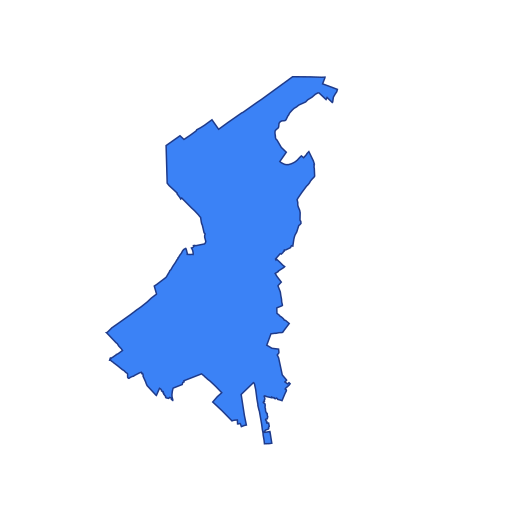 Ion Corvin, Constanta, Romania (Albers equal-area conic projection), rotated 44°
{"feature_id": "2599482B50527625942304", "entity_name": "Ion Corvin", "entity_type": "district", "adm_level": 2, "iso_a3": "ROU", "parent_name": "Romania", "parent_adm1": "Constanta", "projection": "albers", "projection_center": [27.813, 44.131], "detail": "fine", "context": "isolated", "style": "filled", "palette": "blue", "viewbox_px": 512, "rotation_deg": 44, "n_neighbors": 0, "source": "geoboundaries", "source_scale": "gbopen_adm2", "svg_char_len": 6091}
<svg xmlns="http://www.w3.org/2000/svg" viewBox="0 0 512 512"><g transform="rotate(44 256 256)"><path d="M141.5,265.3L144.5,265.7L155.7,265.5L156.0,266.1L160.6,266.8L162.3,267.3L162.3,265.9L176.3,266.2L180.3,266.1L186.2,266.4L188.1,266.7L189.3,266.7L193.1,269.6L194.5,270.5L195.4,270.9L195.8,271.0L202.6,275.4L203.6,275.3L204.1,275.6L204.3,275.8L204.7,276.7L205.2,277.3L206.1,278.2L209.8,280.4L210.4,281.6L210.6,283.0L209.1,285.2L205.9,289.9L205.3,290.6L204.6,290.9L203.9,291.8L204.6,291.9L204.7,293.0L204.6,293.9L204.0,295.1L205.1,295.4L206.8,296.1L209.0,297.7L209.7,298.6L209.0,299.1L207.7,300.6L205.4,302.6L204.8,301.9L203.5,301.1L201.6,299.9L200.3,299.3L200.0,299.5L199.8,300.5L199.5,301.4L199.5,302.0L199.7,303.6L200.1,304.9L200.4,305.8L200.6,308.1L201.3,311.0L201.2,311.7L201.7,312.2L201.8,313.8L202.5,316.4L203.3,321.1L204.3,325.0L204.2,326.5L204.8,327.9L205.2,329.9L205.9,332.7L206.1,333.9L204.5,344.4L204.5,344.7L203.7,348.3L210.8,352.4L211.0,352.8L210.6,354.3L209.9,359.2L209.7,364.4L208.7,372.1L208.0,375.9L207.7,377.1L206.4,385.6L203.5,401.1L202.2,407.6L202.1,412.8L201.9,414.9L201.8,415.0L215.5,415.6L217.1,415.4L219.7,416.1L223.6,416.3L225.6,416.7L224.7,422.0L224.3,423.2L224.1,423.5L223.9,423.9L224.1,424.3L223.7,426.0L223.3,428.2L223.0,429.0L222.9,430.4L222.2,430.4L222.1,430.7L223.1,432.6L223.7,431.9L224.1,432.0L225.2,432.0L226.6,431.7L227.7,431.7L232.5,431.1L238.8,430.6L240.9,430.1L243.1,430.2L244.8,429.9L245.3,429.9L245.7,430.2L247.9,432.4L249.0,432.6L249.4,432.4L249.6,432.2L249.9,430.7L250.4,429.3L250.8,428.4L251.4,427.6L251.6,426.3L253.3,421.2L253.7,420.3L254.3,419.3L255.7,419.9L256.0,419.3L256.9,419.7L257.8,420.2L258.0,420.7L258.2,420.9L264.2,423.3L265.5,424.0L267.7,424.9L280.6,425.6L281.2,425.5L278.5,418.2L279.6,417.9L281.0,418.1L281.8,418.7L282.6,418.5L283.0,418.1L283.5,418.1L283.7,418.3L283.9,418.8L284.2,419.0L285.1,418.8L285.3,419.2L285.7,419.5L286.3,419.5L287.4,419.7L287.5,419.6L288.6,419.8L288.9,420.3L289.6,420.5L290.0,420.4L292.1,419.1L292.1,417.7L294.0,417.0L294.7,417.9L296.4,417.7L296.3,417.4L293.4,415.6L291.9,414.2L289.9,411.6L288.4,409.1L288.2,408.5L292.2,399.7L291.2,397.9L291.7,396.5L290.8,395.8L298.7,378.6L302.5,378.3L303.2,378.4L305.8,378.2L306.4,378.3L309.6,377.9L315.0,377.8L318.1,377.8L326.3,378.1L326.3,378.9L325.9,384.1L326.3,391.1L339.1,390.9L353.3,391.3L353.4,390.8L354.7,388.9L356.5,386.9L359.4,389.6L360.0,389.0L360.8,387.6L361.1,387.6L361.4,387.6L364.0,388.9L365.4,385.9L366.5,384.3L358.6,378.9L341.5,365.9L342.1,348.9L343.1,348.8L344.3,349.4L345.4,350.2L348.7,352.4L356.1,358.3L360.5,361.5L361.3,362.3L365.2,364.8L366.1,365.2L376.8,373.0L381.2,376.5L383.8,378.3L385.6,379.9L390.0,383.1L392.5,385.2L396.0,381.6L397.4,379.7L389.2,373.5L388.9,373.5L388.5,373.4L388.4,373.2L388.5,373.0L387.9,372.6L385.4,376.1L384.5,377.1L383.8,376.4L384.0,375.2L383.8,374.6L385.1,371.8L385.0,371.4L384.8,371.1L384.0,370.6L384.0,369.6L383.7,369.2L381.1,367.4L380.0,368.7L379.3,368.4L379.3,367.9L378.9,367.6L378.1,367.4L377.7,367.6L377.3,367.5L376.4,366.9L376.4,366.6L377.2,365.2L376.5,364.3L376.3,363.7L376.2,363.5L375.3,363.1L374.0,362.1L373.9,361.8L373.3,361.5L372.7,361.7L370.8,361.0L368.7,359.2L367.8,358.8L366.4,357.1L365.9,356.7L365.6,356.4L364.9,356.1L363.1,356.4L362.9,356.2L362.7,355.7L363.1,354.8L363.0,354.5L362.0,354.0L361.9,353.0L361.7,352.7L361.1,352.2L359.3,351.2L359.2,351.0L359.2,350.8L360.0,350.2L361.4,349.7L365.7,347.1L365.3,346.6L367.0,346.0L367.2,345.4L367.4,345.3L368.4,345.6L368.6,345.5L369.1,345.2L369.3,344.1L369.6,343.9L370.5,343.8L371.2,344.1L373.4,342.8L375.2,342.0L372.4,334.8L371.6,332.2L371.2,331.5L370.7,331.2L369.6,331.5L369.3,331.2L369.2,330.4L369.5,326.0L369.3,324.2L367.7,324.2L367.5,326.0L366.6,326.3L365.5,326.3L364.4,326.6L364.2,326.5L364.2,326.2L364.4,324.2L364.2,324.0L357.5,323.3L343.1,313.6L342.1,313.2L340.1,312.5L339.9,312.1L339.9,310.9L339.8,310.1L339.5,309.5L339.1,309.1L336.9,307.3L331.6,311.3L326.0,312.6L325.7,312.7L320.8,301.6L323.5,298.2L323.9,298.0L325.8,295.2L327.9,293.0L328.1,292.5L328.2,291.5L328.0,291.4L326.8,281.5L322.0,281.8L320.9,282.5L320.2,282.2L318.9,282.1L316.6,282.2L315.2,282.6L314.2,282.4L310.9,282.7L307.1,279.0L307.1,278.6L309.2,273.9L309.3,273.2L309.2,273.0L306.4,271.2L304.4,269.4L301.3,267.2L298.9,265.3L298.1,264.8L292.7,262.3L292.4,262.0L292.3,257.2L285.1,256.1L281.9,255.2L282.8,251.8L282.5,251.7L282.5,251.2L283.8,245.8L284.0,244.7L284.0,243.7L281.6,244.0L277.5,243.9L273.3,244.0L273.2,245.0L272.1,244.6L271.8,237.5L272.9,237.0L272.9,235.5L273.0,235.3L272.7,233.1L272.9,232.8L272.2,232.2L272.3,231.8L272.7,231.6L273.2,230.9L275.0,226.0L274.3,224.0L275.6,223.3L271.6,217.7L270.4,215.7L269.5,213.8L268.6,210.4L265.6,204.4L265.8,202.9L265.7,201.3L264.1,199.9L263.3,199.9L262.5,199.4L257.7,194.2L255.7,192.8L252.5,191.4L250.7,190.4L248.9,188.5L246.4,186.9L245.9,184.8L244.8,178.3L243.9,171.3L243.8,170.4L243.9,169.1L243.7,166.4L243.1,164.1L242.9,160.9L243.0,159.3L242.7,157.8L237.2,152.6L236.7,152.2L236.1,151.9L235.0,150.5L234.2,150.0L234.2,149.4L231.1,147.7L221.5,144.2L221.5,147.1L221.8,147.6L222.0,152.2L219.1,152.5L219.0,154.8L219.1,158.3L218.9,160.0L218.6,161.7L218.2,162.9L217.4,165.0L215.9,167.7L214.5,169.1L213.1,170.1L211.5,170.7L209.0,171.4L207.5,171.5L205.7,160.3L198.7,160.3L190.5,158.0L188.9,158.0L187.7,157.3L186.9,156.6L187.0,156.6L186.7,156.3L184.7,154.8L183.4,153.5L182.8,152.5L182.7,151.1L183.0,148.7L182.7,147.5L180.4,144.6L180.2,143.2L180.2,142.4L180.7,140.9L182.4,139.0L182.8,138.4L183.0,137.6L182.8,136.7L181.6,133.1L181.5,131.8L180.9,130.1L180.8,128.9L180.7,126.0L180.8,123.4L181.6,120.5L181.8,118.6L182.1,117.2L183.2,114.5L184.7,110.7L184.7,107.7L186.0,102.7L186.3,98.6L187.2,95.7L188.1,94.9L188.8,94.9L197.7,94.8L197.0,92.6L204.2,92.6L204.2,92.0L204.0,91.7L201.7,88.5L201.3,87.9L200.4,84.3L200.0,81.8L198.8,79.6L184.3,85.9L181.8,80.0L181.4,79.4L179.1,81.8L171.0,89.1L157.8,101.6L151.2,139.4L150.0,145.0L146.8,161.9L146.3,163.0L143.1,179.3L141.1,190.8L129.7,188.6L128.1,197.8L127.0,202.3L125.7,206.3L126.0,207.8L125.7,209.6L124.8,214.8L123.2,222.2L117.8,222.3L114.6,239.0L141.5,265.3Z" fill="#3b82f6" stroke="#1e3a8a" stroke-width="1.5"/></g></svg>